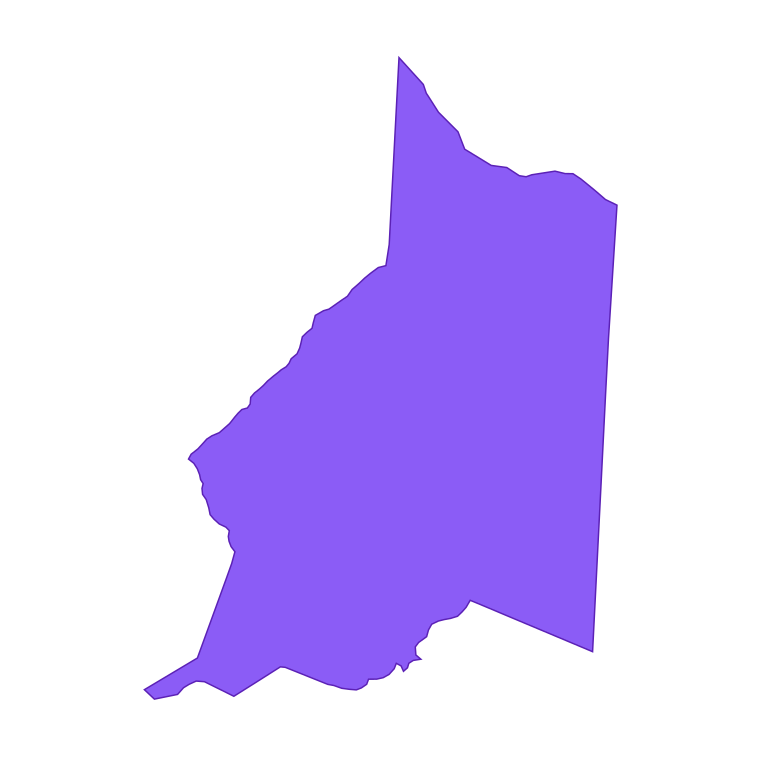 Tabuleiro do Norte, Ceará, Brazil, rotated 273°
{"feature_id": "56859067B32879374314825", "entity_name": "Tabuleiro do Norte", "entity_type": "district", "adm_level": 2, "iso_a3": "BRA", "parent_name": "Brazil", "parent_adm1": "Ceará", "projection": "robinson", "projection_center": [-38.067, -5.298], "detail": "fine", "context": "isolated", "style": "filled", "palette": "violet", "viewbox_px": 768, "rotation_deg": 273, "n_neighbors": 0, "source": "geoboundaries", "source_scale": "gbopen_adm2", "svg_char_len": 1780}
<svg xmlns="http://www.w3.org/2000/svg" viewBox="0 0 768 768"><g transform="rotate(273 384 384)"><path d="M574.8,607.3L579.8,595.5L588.7,584.0L599.1,569.8L603.9,561.7L603.6,553.8L605.5,543.6L600.7,520.7L598.4,515.1L599.1,508.2L606.6,495.3L607.9,479.6L622.7,452.3L639.7,444.7L658.2,424.2L672.8,413.8L676.6,411.0L685.2,407.6L710.7,381.9L523.6,381.9L502.3,379.7L500.0,372.2L493.9,364.8L488.7,359.1L483.3,354.0L476.7,347.2L469.7,342.9L465.8,337.7L455.9,325.1L454.0,319.7L448.9,311.8L441.6,310.2L435.9,309.2L431.6,304.4L426.9,300.0L420.4,298.9L415.5,297.9L409.6,295.6L404.4,290.0L399.7,288.1L396.1,285.4L392.8,280.6L389.4,277.0L386.4,273.5L380.9,267.6L376.3,263.7L372.4,259.8L368.3,255.2L363.7,251.6L357.0,251.4L352.9,248.8L351.1,243.4L347.2,239.8L343.3,236.8L336.4,231.9L326.8,222.1L323.3,214.9L319.7,209.9L315.8,206.8L309.4,201.5L303.8,195.1L298.8,192.7L294.9,198.2L289.6,202.0L283.8,204.6L278.8,205.9L275.1,208.6L270.2,207.7L264.3,208.6L259.3,212.5L251.1,215.5L244.4,217.2L240.0,221.4L235.6,226.8L232.8,233.6L229.4,237.2L223.6,236.5L218.8,237.5L213.6,239.8L208.7,243.9L196.8,241.3L183.1,237.2L162.1,230.8L100.6,212.0L66.2,160.7L57.3,171.2L63.2,194.1L70.2,199.7L73.9,205.1L77.5,212.0L77.3,220.3L64.3,250.4L79.1,271.4L96.1,295.3L95.9,300.2L81.1,343.6L80.3,349.7L77.9,357.8L77.3,365.5L77.1,372.4L79.3,377.3L83.2,382.4L88.4,384.0L88.9,392.2L90.7,398.6L94.3,404.3L100.2,409.1L105.7,410.9L103.4,415.8L98.1,418.5L101.8,422.3L106.4,423.4L109.5,427.7L111.1,435.2L115.1,430.0L123.1,429.0L127.7,432.1L133.9,439.8L140.7,441.3L146.6,444.2L150.1,450.6L151.9,456.4L153.4,462.7L155.9,469.6L160.5,473.9L165.3,477.7L172.5,481.4L165.7,500.5L160.7,514.3L127.6,606.3L234.2,606.1L292.4,606.0L386.3,605.8L393.7,605.8L441.3,605.8L574.8,607.3Z" fill="#8b5cf6" stroke="#5b21b6" stroke-width="1.5"/></g></svg>